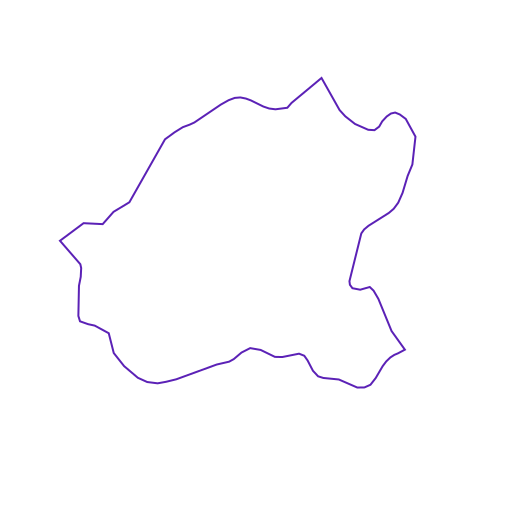 map outline of Delhi (Equal Earth projection), rotated 253°
{"feature_id": "IND-2428", "entity_name": "Delhi", "entity_type": "Union Territory", "adm_level": 1, "iso_a3": "IND", "parent_name": "India", "parent_adm1": "", "projection": "equal_earth", "projection_center": [77.088, 28.657], "detail": "fine", "context": "isolated", "style": "outline", "palette": "violet", "viewbox_px": 512, "rotation_deg": 253, "n_neighbors": 0, "source": "natural_earth", "source_scale": "10m", "svg_char_len": 1279}
<svg xmlns="http://www.w3.org/2000/svg" viewBox="0 0 512 512"><g transform="rotate(253 256 256)"><path d="M327.9,73.0L337.8,100.7L331.3,118.7L339.9,132.7L344.4,150.6L394.2,203.1L398.1,214.3L400.6,223.7L401.0,230.9L401.7,236.1L411.1,266.7L413.0,275.4L413.4,281.9L412.2,287.4L409.5,292.4L406.3,296.6L396.8,306.7L393.2,311.7L390.6,317.5L388.6,329.3L392.0,334.7L407.1,370.7L371.1,378.6L363.5,382.2L353.3,389.3L343.9,400.2L341.7,406.1L343.7,411.6L347.9,416.1L351.2,421.8L352.8,426.7L352.5,431.0L349.3,434.9L343.3,439.3L323.5,443.4L297.8,432.3L288.2,424.4L273.5,414.6L265.4,407.6L260.9,401.5L258.4,395.8L252.0,372.4L249.8,367.2L246.8,363.3L204.6,338.0L201.0,337.4L197.0,338.8L193.3,345.8L193.1,355.7L188.5,358.3L179.2,360.5L144.6,363.7L122.9,371.0L121.4,363.3L121.0,359.4L119.7,354.8L117.1,349.7L113.6,344.9L104.3,334.8L99.4,327.8L98.6,321.3L100.6,314.4L113.7,299.1L119.7,284.7L122.8,280.2L129.6,276.9L141.0,274.8L146.5,273.0L150.0,268.6L151.7,251.6L154.0,244.6L164.8,233.0L169.6,223.5L167.9,213.9L163.9,204.6L162.8,199.4L163.7,186.7L161.4,143.7L162.0,133.2L163.0,124.7L167.3,115.1L174.1,107.4L189.2,97.7L204.8,91.6L225.2,92.6L236.6,81.4L239.9,75.5L245.0,68.6L250.6,68.6L279.3,78.0L287.3,82.3L295.6,85.3L299.5,85.6L327.9,73.0Z" fill="none" stroke="#5b21b6" stroke-width="2"/></g></svg>